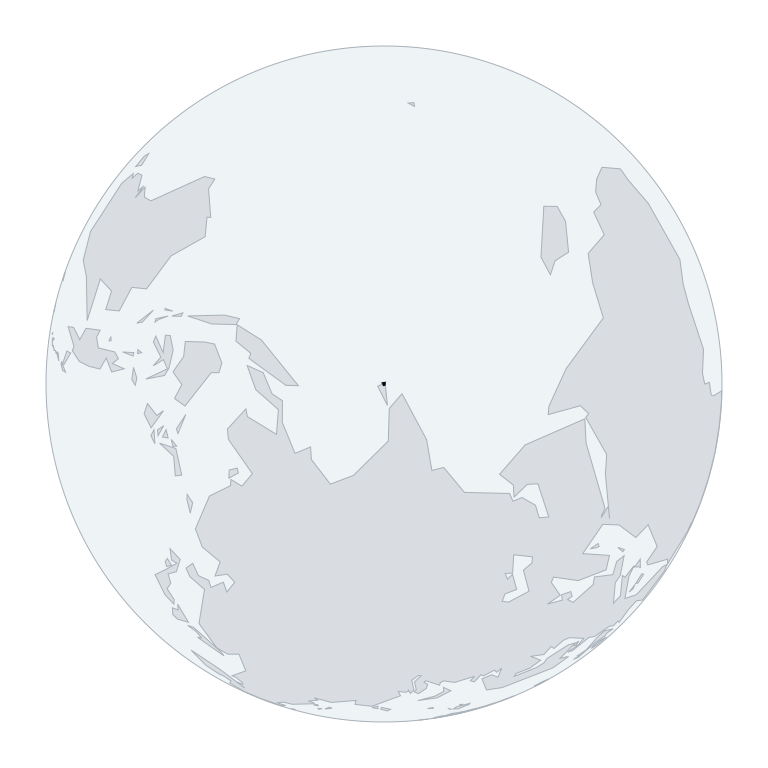 globe centered on Mātara, rotated 177°
{"feature_id": "LKA-2466", "entity_name": "Mātara", "entity_type": "District", "adm_level": 1, "iso_a3": "LKA", "parent_name": "Sri Lanka", "parent_adm1": "", "projection": "orthographic", "projection_center": [80.546, 6.16], "detail": "coarse", "context": "on_globe", "style": "filled", "palette": "ink", "viewbox_px": 768, "rotation_deg": 177, "n_neighbors": 0, "source": "natural_earth", "source_scale": "10m", "svg_char_len": 8758}
<svg xmlns="http://www.w3.org/2000/svg" viewBox="0 0 768 768"><g transform="rotate(177 384 384)"><circle cx="384" cy="384" r="338" fill="#eef3f6" stroke="#a8b0b8"/><path d="M520.7,75.0L518.4,74.1L525.0,77.0L503.7,68.3L513.6,71.9L520.7,75.0ZM492.7,64.3L489.4,63.4L490.2,63.4L492.7,64.3ZM85.5,225.6L110.3,189.5L110.0,194.2L130.0,189.5L131.0,192.5L119.7,207.4L127.6,229.6L140.6,217.5L156.6,230.9L172.9,232.4L194.4,204.2L167.8,201.0L171.9,186.8L200.3,177.5L224.8,182.3L227.3,177.1L219.1,163.8L232.3,155.7L217.2,158.8L217.7,164.3L208.3,166.9L207.2,162.1L211.9,159.1L206.6,156.0L185.6,172.8L183.9,180.3L165.5,181.6L160.9,194.6L153.2,200.0L158.1,180.3L163.4,173.5L166.3,153.1L159.0,160.0L155.9,180.3L153.5,178.3L143.7,189.6L149.3,179.5L154.7,157.2L143.1,160.3L115.2,187.0L111.1,188.9L113.7,182.7L137.0,154.8L143.4,154.2L151.8,145.9L161.7,133.7L162.8,135.1L167.7,130.5L171.2,130.5L187.2,120.7L192.5,120.3L209.5,108.0L214.5,106.6L203.0,113.9L197.9,119.6L212.3,121.0L218.2,118.7L228.1,111.0L230.8,113.1L238.5,105.5L252.0,104.3L242.0,100.0L253.3,92.6L267.3,88.0L269.2,85.2L246.5,92.9L239.1,97.0L235.5,101.4L213.7,113.8L206.4,115.4L222.5,100.9L214.0,102.2L230.2,91.7L281.7,74.7L297.7,73.1L301.6,84.4L291.7,88.0L285.4,85.3L281.4,94.0L286.5,90.2L288.7,92.5L300.1,87.3L302.3,88.7L309.5,81.8L313.4,83.1L308.8,87.4L329.0,82.3L340.0,84.4L343.5,82.8L344.2,80.3L357.7,85.5L359.7,84.1L356.1,81.8L357.7,77.7L365.9,73.0L370.1,75.1L367.7,77.0L369.1,84.9L362.1,90.7L364.7,91.2L371.8,86.7L370.1,76.9L373.8,73.6L376.0,77.7L375.5,75.9L378.7,75.0L385.8,76.3L383.9,71.8L413.1,62.8L429.7,65.6L428.5,69.4L453.3,68.8L470.1,74.3L466.7,71.8L476.3,71.3L471.1,69.4L470.2,68.3L492.5,69.0L501.0,71.6L506.8,71.2L505.0,70.3L499.0,68.1L503.7,68.3L525.0,77.0L527.9,78.6L539.3,84.0L544.2,87.4L553.6,93.5L552.4,95.6L559.9,101.2L563.5,102.8L576.4,112.3L590.5,128.3L563.2,108.0L538.9,87.6L547.4,94.7L540.8,91.3L540.9,93.1L547.3,98.9L551.0,100.6L537.0,104.8L543.0,121.8L554.1,122.4L564.7,129.2L581.3,154.5L574.0,188.2L588.0,201.9L591.3,210.5L584.4,215.0L579.4,202.3L569.3,197.1L567.5,189.9L554.8,194.5L551.8,184.5L543.4,193.9L550.5,202.3L562.8,201.1L556.9,215.0L574.0,230.7L579.9,249.2L564.2,281.2L542.5,290.6L541.9,296.7L531.3,289.4L520.1,301.3L542.3,336.9L542.7,347.2L523.2,366.4L522.2,358.6L494.0,339.3L490.8,364.0L512.3,385.0L519.7,409.6L504.1,401.7L496.3,380.1L486.3,372.6L487.6,351.1L476.5,319.4L460.6,325.0L460.5,312.4L442.8,286.8L419.2,294.4L382.7,326.8L380.0,359.3L366.5,373.3L344.3,326.0L340.7,295.1L328.8,297.6L309.3,271.5L264.3,268.1L261.4,260.2L252.2,263.4L239.1,255.0L236.0,242.3L226.4,242.6L235.5,276.3L246.2,276.3L260.0,264.3L260.1,276.3L273.3,287.8L246.2,315.8L185.3,338.7L185.3,314.4L169.8,248.2L173.6,241.4L173.8,240.6L174.0,239.2L166.4,250.2L165.8,237.8L167.6,282.5L165.3,301.9L184.3,340.1L181.1,343.7L189.0,352.0L221.6,344.9L220.5,353.0L201.4,389.7L161.5,438.5L170.3,474.0L173.3,503.7L156.2,521.5L165.6,544.7L157.9,551.7L162.6,564.6L160.9,577.5L155.0,589.0L136.7,586.5L129.3,574.7L110.6,550.5L82.0,492.9L80.0,468.0L75.7,447.9L63.1,401.9L65.4,377.9L63.7,367.2L59.0,368.6L57.8,355.9L55.6,355.0L47.2,359.4L47.8,349.8L51.5,323.9L57.1,298.4L64.7,273.4L74.2,249.1L85.5,225.6ZM88.0,222.4L84.7,228.4L84.7,228.5L88.0,222.4ZM244.7,203.6L263.4,206.7L265.5,188.4L272.9,188.5L270.9,182.7L265.6,187.2L262.3,171.9L274.2,168.0L277.3,160.9L271.1,159.6L250.0,169.5L254.5,190.8L245.7,197.5L244.7,203.6ZM190.9,109.0L188.5,111.7L181.7,116.4L175.1,119.7L184.8,112.5L190.9,109.0ZM186.6,114.7L204.4,100.9L209.2,99.2L203.5,102.3L204.9,102.6L196.1,107.8L183.3,120.8L176.5,126.1L168.0,127.5L174.5,123.7L176.5,120.9L186.6,114.7ZM249.1,74.2L249.5,74.7L242.2,78.1L235.1,80.8L239.0,78.8L240.4,78.1L241.4,77.7L244.5,76.2L249.1,74.2ZM354.2,47.4L343.9,48.6L349.5,48.0L350.3,48.4L342.1,49.8L341.6,49.3L332.9,51.6L327.3,51.8L326.7,52.1L319.1,53.2L308.8,55.4L307.6,55.4L304.1,56.3L299.1,57.4L293.9,58.9L289.9,59.7L283.2,61.7L285.1,61.0L274.7,64.4L280.6,62.3L274.6,64.3L272.0,65.3L270.2,65.8L297.6,57.3L325.7,51.2L354.2,47.4ZM366.8,46.5L366.2,46.6L357.5,47.1L366.8,46.5ZM137.6,187.3L139.4,188.2L143.4,188.1L137.3,195.7L137.6,187.3ZM140.7,172.1L143.2,171.4L136.5,181.0L134.7,180.4L140.7,172.1ZM150.1,163.4L143.8,170.6L146.1,166.4L150.1,163.4ZM205.8,113.3L209.1,112.6L207.2,114.5L202.8,117.1L205.8,113.3ZM315.0,60.6L316.2,59.3L318.5,58.8L326.9,55.7L331.7,55.9L328.5,57.8L315.0,60.6ZM186.6,208.6L178.6,213.5L177.6,210.5L180.6,209.4L186.6,208.6ZM154.3,204.0L159.0,208.6L152.6,206.1L154.3,204.0ZM321.7,60.2L324.6,58.8L325.2,59.8L321.7,60.2ZM335.7,55.9L337.3,56.8L333.3,55.6L335.7,55.9ZM339.0,659.6L345.1,663.3L339.4,663.4L339.0,659.6ZM220.6,502.5L215.1,553.1L201.8,552.3L194.2,536.9L192.8,506.0L206.7,498.1L212.1,484.4L220.6,502.5ZM591.1,467.8L599.0,469.4L598.5,471.0L591.1,467.8ZM583.0,462.2L592.3,462.9L581.1,465.6L583.0,462.2ZM595.9,463.2L605.3,460.3L609.4,457.8L608.5,461.1L595.9,463.2ZM576.5,462.2L539.8,461.2L524.8,456.8L528.7,451.1L553.0,453.0L576.5,462.2ZM527.5,450.9L504.1,434.3L469.6,386.8L482.0,387.8L517.6,416.7L515.4,421.6L529.6,434.6L527.5,450.9ZM582.6,422.0L580.2,436.9L560.4,435.2L551.1,432.7L544.8,413.5L548.3,403.9L556.0,404.3L583.9,372.4L594.0,380.5L585.9,394.0L594.1,407.1L582.6,422.0ZM381.7,362.4L390.4,382.1L382.8,385.1L381.7,362.4ZM593.7,350.1L583.5,363.9L592.3,345.4L593.7,350.1ZM598.0,332.7L599.4,339.8L594.3,332.9L598.0,332.7ZM543.1,306.2L535.0,307.7L534.1,302.8L543.8,298.1L543.1,306.2ZM584.2,265.2L586.9,279.2L586.3,284.0L581.3,275.4L584.2,265.2ZM366.8,66.1L349.7,69.6L340.5,73.8L340.4,77.9L333.3,74.2L347.4,67.8L366.8,66.1ZM406.9,62.6L406.9,60.1L411.8,61.0L412.4,61.7L406.9,62.6ZM403.5,61.2L394.5,58.8L397.6,57.3L404.2,59.4L403.5,61.2ZM357.5,57.6L352.1,58.4L351.8,57.4L357.5,57.6ZM606.9,626.4L614.6,615.1L620.5,614.2L611.3,624.2L606.9,626.4ZM607.2,579.1L552.3,600.6L542.2,597.5L549.0,588.1L548.3,559.3L552.0,559.9L554.9,540.5L589.8,523.2L616.2,491.4L630.7,493.7L644.6,470.8L658.0,472.9L651.2,491.1L661.8,503.7L677.1,462.9L675.6,507.2L677.9,523.4L669.1,551.6L635.3,598.3L623.4,607.2L624.7,602.7L618.8,607.4L614.8,605.2L619.6,589.7L613.5,594.4L622.7,583.0L612.3,593.0L613.5,583.2L607.2,579.1ZM699.3,503.4L699.1,504.7L696.4,512.7L696.8,511.1L699.3,503.4ZM708.5,478.0L707.7,480.9L707.4,481.8L708.5,478.0ZM708.7,477.0L709.9,472.7L708.7,477.1L708.7,477.0ZM712.0,452.5L712.7,450.4L712.6,452.2L712.0,452.5ZM610.4,469.9L622.0,458.5L627.7,457.6L610.4,469.9ZM712.2,447.6L711.1,447.0L711.6,444.7L712.2,447.6ZM713.0,442.2L713.3,438.8L712.9,446.7L713.0,442.2ZM711.6,434.4L712.4,440.5L711.4,435.1L711.6,434.4ZM710.5,435.1L709.5,432.3L709.7,431.3L710.5,435.1ZM691.6,437.7L696.4,457.8L691.0,456.8L685.5,444.3L678.6,455.2L664.6,452.6L668.6,445.8L667.4,435.0L651.2,430.1L647.9,423.1L654.2,418.7L642.7,412.8L655.4,410.2L660.0,424.5L666.9,413.8L677.7,417.1L687.1,422.5L693.5,433.6L691.6,437.7ZM654.3,441.4L656.4,441.5L654.2,445.7L654.3,441.4ZM707.5,424.1L709.0,431.3L708.6,433.0L707.7,431.8L707.5,424.1ZM695.2,431.3L702.6,420.2L704.1,420.6L699.0,433.5L695.2,431.3ZM701.4,412.4L704.3,414.4L705.5,421.2L704.8,422.9L701.4,412.4ZM628.6,427.3L627.9,431.2L624.4,428.0L628.6,427.3ZM633.2,425.1L643.4,429.7L632.1,428.4L633.2,425.1ZM599.6,410.5L602.9,419.9L613.6,414.2L605.4,422.5L612.1,438.0L609.4,443.8L602.9,427.0L599.7,444.1L594.9,443.6L592.8,428.9L597.9,411.2L602.7,404.0L621.6,401.4L599.6,410.5ZM633.3,413.7L630.5,402.9L632.5,395.8L635.6,401.6L633.3,413.7ZM621.2,376.9L612.6,364.5L605.6,368.9L618.9,352.4L625.1,366.9L621.2,376.9ZM612.6,350.0L606.2,353.9L612.3,344.3L612.6,350.0ZM604.0,349.8L602.4,341.4L608.0,342.7L604.0,349.8ZM616.1,350.4L615.9,336.2L619.5,344.7L616.1,350.4ZM597.8,322.8L611.2,336.7L595.3,330.5L590.7,303.6L597.2,303.2L597.8,322.8ZM609.5,221.1L605.7,214.2L610.5,213.0L611.8,218.0L609.5,221.1ZM622.6,205.6L610.6,210.6L600.3,215.9L605.3,219.2L606.3,230.7L596.7,219.5L601.2,207.4L609.6,205.6L607.3,196.4L611.3,190.9L604.8,179.6L605.4,175.2L613.8,185.2L622.6,205.6ZM601.6,174.9L591.8,156.3L602.5,160.0L607.0,164.9L607.0,171.6L601.4,169.1L601.6,174.9ZM592.6,153.2L587.0,151.0L560.9,125.1L558.0,120.8L583.5,140.9L579.7,140.1L584.2,146.3L592.6,153.2ZM492.4,64.5L489.7,63.5L493.4,64.7L492.4,64.5ZM467.2,67.4L466.6,66.1L471.0,67.1L467.2,67.4ZM467.3,63.4L462.7,63.1L465.8,62.5L467.3,63.4ZM452.8,62.9L460.1,62.5L455.6,64.2L452.8,62.9Z" fill="#d9dde1" stroke="#a8b0b8" stroke-width="1"/><path d="M385.1,385.1L384.6,385.2L384.3,385.4L384.0,385.3L383.5,385.3L383.4,385.1L383.1,385.2L383.3,384.8L383.1,384.7L383.4,384.4L383.1,384.2L383.1,383.8L383.1,383.6L383.3,383.7L383.3,383.4L383.0,383.0L383.4,383.2L383.6,383.3L383.7,383.1L383.5,382.9L383.9,382.7L384.0,382.6L384.3,382.6L384.4,382.8L384.6,382.9L384.8,383.1L384.7,383.2L384.7,383.4L384.5,383.6L384.4,383.8L384.7,384.0L384.9,384.2L384.8,384.3L384.9,384.6L384.7,384.6L384.9,384.8L384.9,385.0L385.1,385.1Z" fill="#0f172a" stroke="#020617" stroke-width="1.5"/></g></svg>